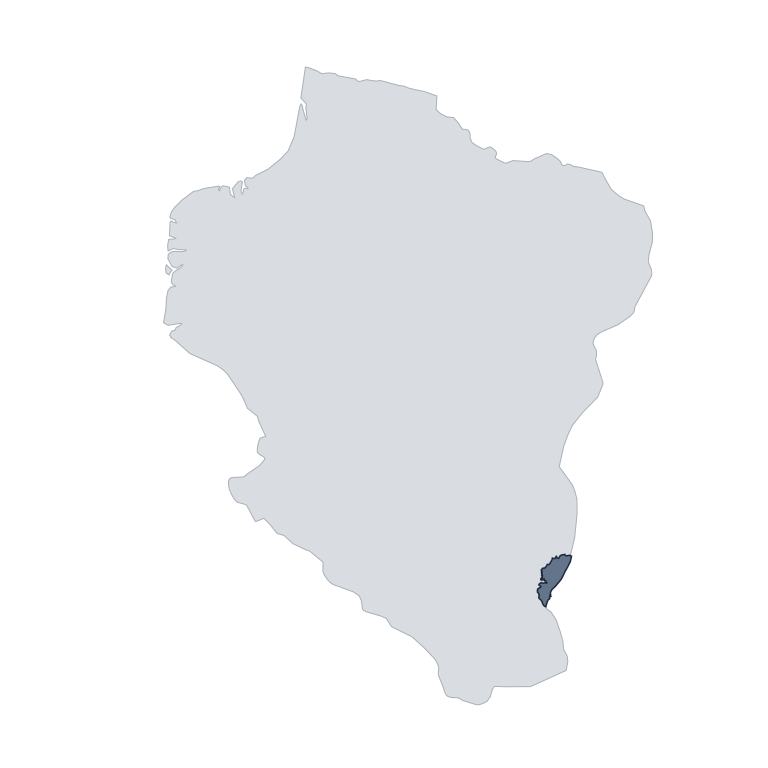 location of Yunusari, Yobe, Nigeria, rotated 101°
{"feature_id": "59680162B1638752109374", "entity_name": "Yunusari", "entity_type": "district", "adm_level": 2, "iso_a3": "NGA", "parent_name": "Nigeria", "parent_adm1": "Yobe", "projection": "mercator", "projection_center": [11.911, 13.116], "detail": "fine", "context": "in_parent", "style": "filled", "palette": "slate", "viewbox_px": 768, "rotation_deg": 101, "n_neighbors": 0, "source": "geoboundaries", "source_scale": "gbopen_adm2", "svg_char_len": 7341}
<svg xmlns="http://www.w3.org/2000/svg" viewBox="0 0 768 768"><g transform="rotate(101 384 384)"><path d="M630.4,150.5L653.1,182.5L657.9,206.3L659.8,218.0L663.5,219.4L670.6,220.0L675.8,222.3L678.9,226.2L680.8,229.8L681.2,232.0L679.7,246.2L677.9,251.3L678.9,258.3L678.6,261.3L677.8,263.3L674.7,265.7L670.3,268.0L660.0,274.7L657.1,275.7L652.8,275.9L649.0,277.6L644.6,281.2L635.0,294.7L626.8,308.3L620.8,330.3L613.6,337.1L612.3,343.2L611.2,356.9L610.1,361.0L608.9,362.2L601.2,364.8L596.7,367.9L594.0,374.1L590.6,395.1L589.4,398.6L586.8,402.2L582.8,406.1L579.4,408.3L570.5,409.8L562.0,425.5L561.9,428.3L558.2,442.6L551.7,453.4L551.2,460.3L543.1,469.8L538.8,476.3L543.2,483.0L543.5,484.1L529.5,495.5L528.7,497.2L528.1,505.1L527.0,507.2L524.4,510.1L520.6,513.3L516.8,515.8L512.5,517.5L508.3,518.1L505.9,517.1L504.6,514.7L502.3,505.1L501.1,503.0L498.4,501.1L487.6,490.5L481.0,486.8L479.6,487.0L478.6,488.1L476.7,493.4L474.9,495.4L471.4,496.1L465.5,496.1L461.1,495.4L460.1,494.3L458.0,490.1L444.6,499.8L439.9,502.0L433.9,513.4L425.5,519.1L419.7,524.0L404.1,539.6L401.0,544.2L397.9,551.0L391.2,580.2L380.4,598.4L379.0,602.3L378.4,602.1L376.9,603.8L372.8,602.7L370.9,599.3L368.3,598.8L363.9,593.8L363.0,594.7L367.6,607.2L365.9,612.1L352.7,612.3L341.4,613.9L333.6,613.8L329.7,612.0L328.0,607.3L327.3,607.8L326.9,610.3L324.4,612.3L315.7,612.6L311.8,609.4L308.7,605.8L305.4,604.2L305.9,605.7L309.7,609.2L309.2,614.3L302.2,620.1L297.7,620.5L295.0,618.0L293.5,613.8L292.8,607.8L291.0,603.8L290.0,603.8L291.2,610.4L291.2,616.6L294.6,621.3L289.5,622.8L283.3,623.0L282.5,621.2L281.7,617.3L280.6,616.2L279.4,622.9L266.7,624.8L264.9,624.5L264.5,623.3L265.5,621.4L265.3,618.4L262.5,620.7L262.0,625.4L260.4,626.1L255.6,625.5L250.3,623.1L241.7,617.2L231.3,607.7L229.6,603.4L226.5,598.1L221.1,583.6L222.1,582.9L224.5,583.7L225.7,582.4L221.3,581.4L220.4,580.3L220.1,577.1L220.3,573.2L226.9,571.1L228.5,568.7L229.4,566.3L221.2,570.0L213.6,565.9L211.9,563.4L212.7,561.5L221.6,561.3L224.7,559.5L222.8,558.8L219.4,558.9L218.2,557.7L218.3,554.7L217.2,555.3L215.7,558.0L210.6,559.9L207.6,558.0L207.3,553.6L206.6,551.7L204.1,550.2L195.1,538.7L183.8,529.2L173.7,522.6L158.5,519.4L126.7,519.6L124.9,518.7L126.8,517.1L129.6,516.1L139.9,510.8L138.1,510.1L127.5,513.4L123.9,513.7L119.1,520.2L87.8,521.6L87.9,518.6L89.3,510.2L91.2,504.4L89.1,497.3L88.6,490.9L89.9,488.9L90.3,486.5L90.0,470.1L91.7,467.7L91.8,466.0L88.5,459.0L88.5,453.6L87.9,448.4L86.8,446.1L88.1,426.0L87.7,421.0L88.7,417.5L89.2,408.8L89.2,400.4L91.2,387.0L104.7,385.2L107.9,379.9L109.8,373.2L109.2,366.6L113.6,360.9L118.8,355.8L118.6,350.1L120.1,348.4L122.6,347.1L126.2,346.4L130.2,343.6L132.4,338.7L134.6,330.8L131.1,325.4L131.2,324.2L132.5,321.2L134.6,318.3L136.3,317.3L140.2,318.1L141.5,316.9L144.0,308.2L143.7,305.9L140.1,300.0L138.1,284.3L137.1,282.2L134.2,279.3L126.7,268.3L126.9,263.0L130.0,256.2L132.1,253.0L135.0,251.2L135.5,249.6L134.7,247.7L133.2,246.3L132.9,243.3L134.3,239.0L133.9,234.4L134.6,210.5L140.7,205.8L149.6,198.0L154.2,189.9L156.6,183.7L159.6,163.1L164.3,160.9L173.2,153.4L185.3,149.0L193.2,147.7L207.0,148.5L214.0,147.8L220.0,143.7L222.7,142.6L226.5,141.9L260.9,152.6L264.1,152.1L266.7,152.8L271.0,155.7L281.1,165.6L291.8,181.0L295.1,184.3L298.4,186.1L301.8,186.8L304.4,186.5L306.8,185.1L310.2,182.1L315.2,180.8L319.4,181.1L340.8,169.3L342.9,169.1L356.0,171.7L374.0,183.5L388.7,191.2L399.0,193.8L411.1,195.7L431.7,196.2L447.3,179.6L453.1,176.0L460.1,172.7L474.6,169.7L498.6,167.5L521.1,168.5L535.2,171.3L549.9,176.7L556.3,181.9L566.3,182.8L573.5,181.8L575.8,176.6L583.0,169.8L593.8,163.6L602.6,159.2L609.8,157.2L616.3,152.2L621.4,150.6L630.4,150.5ZM316.5,619.1L311.7,620.6L308.5,620.3L312.9,613.7L315.1,615.1L317.9,615.7L316.5,619.1Z" fill="#d9dde1" stroke="#a8b0b8" stroke-width="1"/><path d="M571.8,182.8L570.1,182.7L568.3,182.3L567.1,182.3L564.4,181.6L563.6,180.7L563.4,180.7L563.2,180.5L562.9,180.5L562.3,180.6L562.2,180.6L562.0,180.9L562.0,181.1L561.9,180.9L561.7,180.8L561.7,180.7L561.5,180.8L561.4,180.7L561.2,180.7L560.8,180.5L560.8,180.4L560.9,180.2L560.7,180.1L560.4,179.9L560.3,180.0L560.2,180.1L560.2,179.9L560.1,180.0L560.0,180.3L559.9,180.2L559.7,180.2L559.6,180.3L559.4,180.6L559.3,180.4L559.3,180.2L559.0,180.2L558.5,180.5L557.4,180.7L556.2,180.7L554.9,180.3L553.4,179.7L551.6,178.5L550.8,177.8L545.2,174.5L541.9,172.8L541.4,172.6L537.9,171.6L535.2,170.9L533.2,170.4L531.3,169.7L527.5,168.5L523.7,167.5L523.1,167.2L522.3,167.2L521.9,167.2L520.2,167.1L517.2,167.1L517.3,167.6L516.6,168.8L517.3,170.7L517.5,170.8L517.9,173.1L516.7,174.0L517.6,175.9L517.5,176.0L518.6,178.0L519.1,178.3L519.5,178.4L520.3,178.9L520.9,179.0L521.9,179.2L521.9,180.9L521.6,181.2L520.5,181.5L520.3,181.8L520.2,182.0L522.8,182.9L522.8,184.0L522.8,185.5L523.5,185.3L526.6,186.2L527.1,186.5L527.9,186.7L528.4,186.6L529.4,187.4L529.7,187.6L529.9,189.3L531.6,189.7L532.2,190.1L533.6,190.7L534.2,191.3L534.0,191.7L534.5,192.5L534.6,193.1L535.3,193.3L535.4,193.5L535.5,193.5L535.5,193.4L535.8,193.6L535.9,193.8L536.1,193.9L536.2,194.0L536.3,194.1L536.5,194.1L536.9,193.9L537.1,193.8L537.2,193.7L537.4,193.7L537.7,193.8L538.0,193.8L538.1,193.7L538.0,193.4L538.0,193.2L537.9,193.2L538.0,193.1L538.2,192.9L538.3,192.8L538.5,192.8L538.8,192.8L539.0,192.9L539.1,193.1L539.3,193.2L539.5,193.1L539.7,193.3L539.9,193.3L540.0,193.2L539.8,193.1L539.7,193.1L539.8,193.0L539.9,192.9L540.0,192.9L540.2,192.7L540.3,192.7L540.5,192.7L540.6,192.8L540.8,192.8L540.9,192.7L541.0,192.4L541.3,192.4L541.3,192.5L541.5,192.6L541.5,192.4L541.6,192.2L541.4,192.2L541.5,192.0L541.7,191.9L541.8,191.9L542.1,192.0L542.3,192.1L542.5,192.0L542.8,191.9L543.0,191.9L542.9,191.8L543.0,191.8L543.4,191.8L543.6,191.9L543.6,192.0L543.8,191.9L544.0,191.7L543.9,191.6L544.0,191.5L544.3,191.5L544.2,191.7L544.2,191.9L544.3,192.1L544.2,192.1L544.3,192.3L544.4,192.5L544.5,192.5L544.5,192.4L544.6,192.5L544.8,192.5L545.0,192.4L545.1,192.5L545.1,192.8L545.3,192.9L545.5,192.7L545.8,192.7L545.7,192.6L545.8,192.5L545.8,192.4L545.6,192.1L545.5,191.9L545.5,192.0L545.7,191.9L545.8,192.0L546.0,192.0L546.2,191.9L546.3,191.7L546.2,191.5L546.3,191.4L546.1,191.3L546.0,191.2L545.9,191.1L545.8,190.9L545.7,190.7L545.4,190.8L545.4,190.7L545.5,190.7L545.3,190.6L545.2,190.6L545.3,190.5L545.3,190.4L545.1,190.6L545.1,190.3L545.2,190.1L545.3,189.9L545.3,189.7L545.5,189.5L545.3,189.4L545.5,189.3L545.5,189.2L545.8,189.2L545.8,189.3L546.0,189.3L546.0,189.2L546.3,189.1L546.4,188.9L546.5,188.8L546.4,188.6L546.5,188.5L546.4,188.4L546.3,188.2L546.5,187.8L546.4,187.5L546.5,187.4L546.9,187.3L547.0,187.2L547.5,187.0L547.7,186.9L547.8,186.7L547.9,186.3L548.0,186.3L548.2,186.2L548.3,186.2L548.4,186.3L548.5,186.4L548.5,186.6L548.5,186.8L548.5,187.0L548.4,188.1L548.9,189.1L549.3,190.0L549.0,191.0L548.8,191.6L549.8,192.7L551.1,193.7L551.3,193.6L552.1,193.3L552.3,192.2L552.6,191.5L553.0,191.4L553.7,191.4L554.2,192.3L554.3,192.5L554.8,192.9L555.4,193.4L555.4,193.6L555.8,193.9L556.3,194.1L556.5,194.0L556.9,194.0L556.9,193.8L557.1,193.8L557.1,194.0L557.4,194.1L557.7,193.9L558.4,193.7L558.9,193.8L559.0,193.7L559.7,192.6L560.3,192.3L561.1,191.6L561.4,191.4L561.9,191.3L562.6,191.5L563.4,191.4L563.8,191.3L564.4,191.2L565.0,190.7L565.3,190.0L566.4,188.4L567.0,187.9L567.5,187.3L567.9,187.1L569.0,186.6L569.4,186.2L569.8,185.8L570.4,185.4L570.7,185.3L570.8,185.1L571.3,184.2L571.6,183.7L571.8,182.8Z" fill="#64748b" stroke="#1e293b" stroke-width="1.5"/></g></svg>